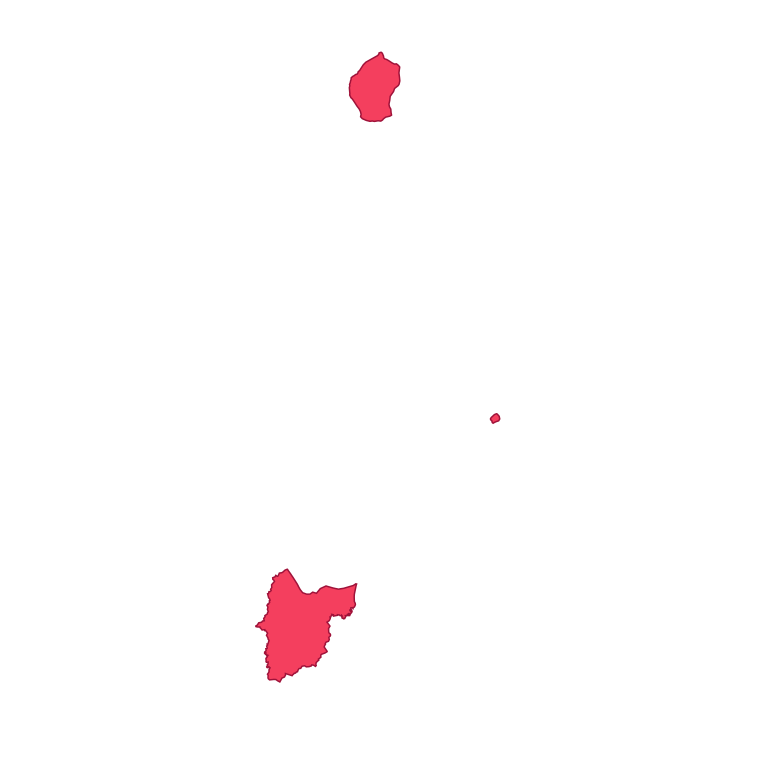 Mayagüez, Puerto Rico (Mercator projection), rotated 107°
{"feature_id": "32010507B39341524675779", "entity_name": "Mayagüez", "entity_type": "district", "adm_level": 2, "iso_a3": "PRI", "parent_name": "Puerto Rico", "parent_adm1": "", "projection": "mercator", "projection_center": [-67.308, 18.222], "detail": "fine", "context": "isolated", "style": "filled", "palette": "rose", "viewbox_px": 768, "rotation_deg": 107, "n_neighbors": 0, "source": "geoboundaries", "source_scale": "gbopen_adm2", "svg_char_len": 4345}
<svg xmlns="http://www.w3.org/2000/svg" viewBox="0 0 768 768"><g transform="rotate(107 384 384)"><path d="M603.3,433.2L604.0,431.7L604.8,431.0L608.8,432.8L609.7,432.5L611.6,431.8L613.5,432.4L614.5,431.5L615.8,432.2L616.2,433.3L618.1,433.1L618.6,434.0L622.2,431.8L622.7,430.8L624.1,429.7L624.9,430.3L626.3,429.5L626.9,429.9L628.4,430.1L628.3,430.7L629.9,431.2L631.3,429.8L632.0,429.7L633.6,429.6L635.1,428.4L635.6,428.1L636.4,428.5L638.1,428.4L640.3,430.2L641.3,429.7L643.4,430.5L645.4,429.3L646.2,430.9L647.6,431.4L649.0,434.0L651.6,434.7L652.8,435.8L653.4,435.6L653.4,434.3L652.7,431.5L653.3,431.2L654.1,429.8L654.9,428.7L653.8,426.2L654.7,425.9L654.5,425.0L656.3,422.5L658.7,422.9L659.7,421.8L660.8,420.7L661.8,420.3L662.8,419.0L666.5,419.0L666.9,419.8L668.0,419.0L668.9,419.6L670.6,418.5L671.1,418.5L671.7,419.6L673.2,418.8L674.7,419.3L675.4,418.6L675.4,419.7L676.4,419.5L677.1,418.3L677.2,418.2L677.3,417.7L677.4,415.8L678.3,416.5L678.8,415.8L680.7,416.6L681.3,416.6L682.7,415.9L684.1,415.6L684.5,415.0L683.8,413.5L685.7,413.0L686.4,413.5L687.3,413.2L688.8,413.5L689.3,413.0L689.2,412.0L688.0,411.6L688.7,410.0L691.0,410.4L692.5,409.9L693.6,409.9L695.6,410.6L696.5,409.6L699.0,409.0L699.8,408.3L700.4,406.9L698.7,402.9L698.2,400.9L698.9,399.1L699.4,396.5L695.1,395.6L693.3,393.5L691.1,393.1L689.7,393.6L689.8,386.6L688.8,386.3L687.8,385.6L687.0,385.4L686.3,384.1L684.9,383.5L684.5,382.6L682.3,382.5L680.9,382.0L680.3,380.5L677.9,379.9L676.7,377.6L677.2,375.6L676.2,373.0L674.9,371.1L673.7,370.9L673.5,368.9L674.1,367.0L673.1,366.5L672.0,367.2L670.1,367.4L667.0,365.6L666.3,366.3L663.8,364.5L661.7,365.2L660.8,364.8L658.5,361.8L656.7,360.2L656.3,360.2L653.0,364.3L652.8,364.3L651.6,364.3L649.9,363.9L649.4,364.3L647.8,363.9L646.3,361.9L644.4,361.6L642.4,362.7L640.7,361.7L639.7,361.7L638.8,362.3L638.2,363.7L637.5,364.3L634.1,365.5L631.3,364.9L628.4,368.9L626.4,367.2L624.1,366.8L622.7,367.5L622.6,366.9L621.3,366.8L620.4,366.1L619.6,366.6L619.4,364.9L620.7,364.4L619.8,362.7L618.8,360.8L618.2,361.0L617.9,359.1L618.4,358.2L618.0,357.1L617.5,357.0L618.2,356.0L618.9,356.3L620.1,355.6L620.2,354.3L619.4,354.5L620.3,353.8L619.8,353.0L617.4,352.6L616.8,353.2L616.4,351.7L615.5,351.7L615.9,350.4L615.5,349.1L614.5,349.0L615.1,350.0L614.3,351.0L613.8,350.7L613.5,348.8L611.8,348.1L610.6,348.1L609.5,349.1L611.1,349.5L610.6,350.4L609.9,350.5L609.0,349.9L607.8,350.3L607.1,349.0L607.8,348.0L606.9,348.0L605.9,347.1L603.5,346.8L602.1,347.4L601.6,347.9L600.6,348.8L596.2,350.3L593.7,350.9L584.1,351.8L583.3,351.7L583.3,352.5L585.7,354.5L587.4,357.1L590.7,362.1L590.8,362.2L591.1,362.7L592.8,366.2L593.5,367.5L593.7,369.8L593.8,370.7L594.0,373.4L594.0,374.2L594.1,379.0L594.1,380.4L598.3,385.1L600.8,386.1L603.9,387.4L603.9,389.5L603.9,390.7L603.9,391.3L606.5,393.3L606.7,393.7L606.8,394.0L607.6,396.5L607.5,398.4L607.4,400.7L607.1,401.2L605.8,403.1L605.0,404.2L602.3,407.0L602.2,407.0L600.6,408.6L600.0,409.3L597.1,412.7L595.4,414.7L593.9,416.6L592.8,417.9L592.5,418.3L590.6,420.8L589.4,422.2L589.5,422.5L591.0,424.3L593.4,425.7L594.3,426.5L595.4,428.8L598.2,429.1L599.0,429.5L599.1,430.2L598.6,431.5L600.3,431.9L601.8,433.8L603.3,433.2ZM68.1,482.4L67.6,483.8L68.8,485.5L70.3,485.4L71.5,486.0L71.9,486.2L76.9,491.0L78.9,492.9L81.5,495.4L84.7,497.1L88.9,498.3L91.2,498.9L93.0,500.0L94.2,499.9L95.6,500.4L96.3,501.6L98.0,502.8L98.8,503.7L100.7,504.9L102.6,504.5L104.1,504.6L105.3,504.4L107.7,504.5L108.8,503.9L110.7,503.8L114.2,502.4L116.4,501.5L117.7,501.3L119.9,499.3L120.7,497.6L123.3,494.4L126.2,491.0L128.1,488.3L130.3,486.2L132.9,484.7L134.7,484.6L135.3,484.5L136.6,482.3L137.1,478.0L136.9,474.2L135.9,472.1L135.7,470.0L134.0,466.6L133.5,463.9L132.0,462.6L130.5,462.0L128.3,460.4L126.2,456.8L125.1,455.7L124.6,455.4L122.6,456.5L119.1,457.9L117.3,459.8L115.7,460.7L114.8,461.1L111.3,461.4L107.1,462.2L101.5,460.4L98.3,460.3L94.4,457.6L92.6,457.2L92.0,457.3L89.5,457.5L86.3,458.8L82.1,460.7L80.8,460.9L78.5,461.3L76.9,461.5L76.0,461.9L75.5,462.8L74.8,464.0L74.2,465.7L75.0,467.5L74.6,470.1L73.5,473.8L72.9,476.3L72.9,478.4L72.1,479.7L70.6,480.3L68.1,482.4ZM379.6,267.1L379.6,267.8L381.0,269.5L383.6,271.0L384.6,271.6L384.9,271.7L386.0,272.0L387.0,271.6L387.6,270.3L387.6,270.2L389.2,269.2L389.6,268.2L388.3,267.0L387.1,265.6L385.7,263.6L383.6,263.1L381.2,264.4L379.7,266.8L379.6,267.1Z" fill="#f43f5e" stroke="#9f1239" stroke-width="1.5"/></g></svg>